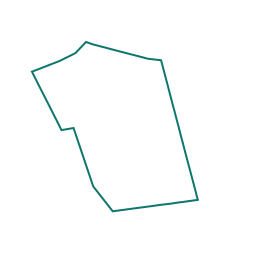 Santa Cruz Papalutla, Oaxaca, Mexico, rotated 153°
{"feature_id": "50627088B11288267250354", "entity_name": "Santa Cruz Papalutla", "entity_type": "district", "adm_level": 2, "iso_a3": "MEX", "parent_name": "Mexico", "parent_adm1": "Oaxaca", "projection": "natural_earth1", "projection_center": [-96.589, 16.954], "detail": "fine", "context": "isolated", "style": "outline", "palette": "teal", "viewbox_px": 256, "rotation_deg": 153, "n_neighbors": 0, "source": "geoboundaries", "source_scale": "gbopen_adm2", "svg_char_len": 1167}
<svg xmlns="http://www.w3.org/2000/svg" viewBox="0 0 256 256"><g transform="rotate(153 128 128)"><path d="M188.1,208.1L188.1,183.8L188.2,156.3L176.5,152.7L182.6,111.6L185.5,91.7L179.4,60.7L164.5,55.5L152.1,51.1L147.2,49.4L141.9,47.5L135.8,45.4L130.2,43.4L124.1,41.1L123.8,41.0L123.4,40.9L122.9,40.7L122.2,40.5L121.3,40.2L120.9,40.1L120.3,39.9L119.7,39.7L119.4,39.6L118.9,39.4L118.4,39.2L117.9,39.1L117.4,38.9L116.8,38.7L116.0,38.4L115.3,38.2L114.8,38.0L114.2,37.8L114.1,37.7L113.6,37.5L113.1,37.3L112.5,37.1L111.9,36.9L111.6,36.8L110.7,36.5L110.3,36.4L109.9,36.2L109.4,36.1L109.0,35.9L108.5,35.8L108.1,35.6L107.4,35.4L107.1,35.2L106.9,35.2L106.7,35.1L106.3,35.0L105.7,34.8L105.4,34.7L104.9,34.5L104.6,34.4L104.0,34.2L103.5,34.0L102.8,33.8L102.3,33.6L101.8,33.4L101.4,33.3L100.7,33.1L100.3,32.9L99.7,32.7L99.2,32.5L98.8,32.4L98.4,32.3L97.9,34.8L96.3,41.9L94.8,48.9L93.1,56.7L90.1,70.7L88.6,77.8L85.5,91.9L84.0,98.9L82.4,105.9L80.9,113.0L79.0,121.5L77.9,127.1L76.3,134.2L73.2,148.3L71.7,155.3L68.6,169.4L67.8,173.4L78.6,180.5L102.3,201.5L121.5,218.6L126.4,223.7L140.8,218.6L158.6,218.8L188.0,221.8L188.1,208.1Z" fill="none" stroke="#0f766e" stroke-width="2"/></g></svg>